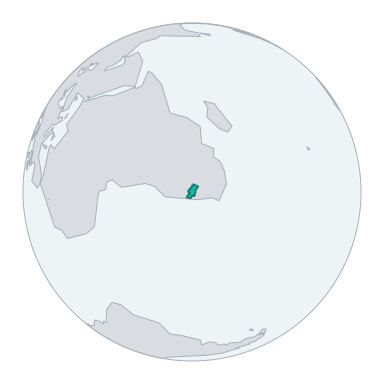 the Earth from above Hardap, rotated 294°
{"feature_id": "NAM-3339", "entity_name": "Hardap", "entity_type": "Region", "adm_level": 1, "iso_a3": "NAM", "parent_name": "Namibia", "parent_adm1": "", "projection": "orthographic", "projection_center": [17.113, -24.521], "detail": "fine", "context": "on_globe", "style": "filled", "palette": "teal", "viewbox_px": 384, "rotation_deg": 294, "n_neighbors": 0, "source": "natural_earth", "source_scale": "10m", "svg_char_len": 5989}
<svg xmlns="http://www.w3.org/2000/svg" viewBox="0 0 384 384"><g transform="rotate(294 192 192)"><circle cx="192" cy="192" r="169" fill="#eef3f6" stroke="#a8b0b8"/><path d="M26.5,158.0L29.0,150.3L28.4,152.9L30.3,157.1L35.3,155.0L36.4,160.1L35.6,164.9L38.0,163.8L38.0,166.5L50.3,161.7L58.8,164.0L60.1,173.6L55.9,188.3L59.0,215.0L53.4,229.6L56.6,240.7L60.2,259.9L56.2,263.2L62.2,268.8L63.9,275.2L62.6,278.4L66.5,283.6L65.8,285.8L69.2,287.5L74.2,297.0L80.1,300.9L85.3,308.1L89.1,310.2L88.8,311.1L90.1,313.1L92.3,314.7L88.7,315.1L80.6,309.6L76.7,305.3L76.1,306.1L67.2,295.5L68.9,298.6L57.4,285.5L49.4,272.9L33.2,240.8L30.8,236.2L28.8,234.6L27.0,228.4L24.9,216.8L23.5,205.0L23.0,193.2L23.4,181.4L24.5,169.6L26.5,158.0ZM96.9,315.6L90.0,315.8L92.9,315.2L89.7,311.0L95.3,311.9L96.9,315.6ZM89.8,304.1L89.2,300.7L90.6,301.0L91.3,303.4L89.8,304.1ZM198.7,23.2L193.0,23.2L192.0,23.5L194.5,23.8L190.0,25.3L185.0,25.8L181.9,24.2L174.5,25.0L175.3,24.1L182.9,23.3L198.7,23.2ZM216.6,24.8L217.3,25.0L217.1,24.9L229.4,27.2L241.4,30.4L253.2,34.5L264.6,39.4L275.6,45.2L286.2,51.7L296.3,59.1L305.8,67.1L314.7,75.8L322.9,85.2L330.4,95.1L337.2,105.5L343.1,116.5L348.3,127.8L352.6,139.5L356.0,151.5L355.1,148.0L357.2,157.8L359.7,172.1L360.7,185.0L359.9,177.6L358.6,166.2L357.4,160.6L355.8,151.5L351.2,135.6L350.3,134.5L348.5,129.2L342.0,115.0L339.6,113.2L337.1,119.5L339.8,132.8L337.5,136.4L327.3,112.4L321.7,99.0L318.7,98.1L307.6,84.7L290.4,77.1L287.4,73.6L284.3,73.7L276.4,69.0L271.6,63.9L267.1,63.1L279.8,76.8L284.6,78.0L287.8,75.0L290.5,79.7L298.0,86.0L291.7,93.8L265.2,97.1L261.7,87.1L236.9,60.7L237.1,58.5L237.0,58.2L236.6,57.7L235.3,61.2L230.7,56.8L244.9,73.2L247.7,80.6L264.9,97.6L263.5,98.8L268.7,103.0L284.4,103.1L284.7,106.4L277.8,120.5L255.3,139.8L257.8,157.5L255.4,172.6L240.3,181.2L240.5,194.1L232.6,197.8L231.4,205.3L224.4,213.0L213.1,220.3L195.1,220.2L194.8,213.0L187.0,199.6L176.6,169.2L182.0,155.6L180.7,145.7L167.6,125.6L170.5,114.3L166.8,110.1L159.2,112.0L154.8,107.2L150.2,107.7L120.6,117.0L111.1,112.6L98.9,97.2L103.9,88.5L104.1,80.8L138.3,49.8L146.4,49.4L174.2,43.5L177.8,43.9L175.4,48.6L197.0,54.0L203.0,49.9L221.7,54.2L233.5,55.3L236.2,47.1L216.8,44.9L212.5,40.8L227.4,39.1L244.3,42.3L243.2,40.9L231.8,36.3L235.0,35.0L227.8,34.8L231.3,36.4L226.9,36.5L223.4,35.1L224.7,34.6L219.4,33.5L214.8,37.2L217.8,39.3L204.4,39.4L208.1,43.0L204.7,44.6L197.2,39.2L197.3,37.4L183.8,33.1L182.4,34.8L195.1,39.3L191.5,38.9L189.6,42.1L188.2,39.4L174.7,34.9L162.1,37.3L147.3,47.1L139.7,49.3L132.7,49.4L136.9,41.2L153.5,37.4L155.1,35.2L150.7,33.5L156.2,32.7L156.4,31.8L162.6,30.8L170.2,28.0L176.3,27.2L178.3,25.3L181.7,24.8L179.6,25.9L181.3,26.7L196.4,26.2L199.0,25.9L199.1,24.8L203.2,25.2L201.4,24.3L209.6,24.6L198.1,23.7L197.9,23.3L202.2,23.4L201.9,23.3L216.6,24.8ZM127.6,62.5L126.9,64.7L127.6,62.5ZM263.1,51.2L272.6,54.3L266.7,48.4L269.9,49.3L266.7,47.1L266.3,48.0L258.3,42.7L261.8,42.8L259.8,41.0L256.5,39.9L251.4,40.6L262.8,47.9L261.3,49.2L263.1,51.2ZM29.2,149.9L29.3,150.7L28.7,152.0L29.2,149.9ZM151.7,29.5L154.1,29.3L152.2,30.3L144.4,32.6L147.1,30.9L151.7,29.5ZM157.9,28.9L157.0,27.5L161.8,26.5L159.2,27.2L162.5,26.7L159.3,27.8L164.8,28.7L163.5,29.8L149.9,32.6L155.1,30.9L152.4,31.0L157.9,28.9ZM181.5,42.1L184.2,42.1L188.3,41.8L187.2,44.1L181.5,42.1ZM172.1,38.9L174.5,38.5L175.0,41.0L172.2,41.2L172.1,38.9ZM175.4,36.3L174.6,38.3L173.4,37.3L175.4,36.3ZM181.7,25.7L184.2,25.4L184.6,25.7L183.5,26.1L181.7,25.7ZM233.2,48.0L230.0,49.2L228.1,48.2L229.6,48.0L233.2,48.0ZM207.7,45.7L213.8,47.1L207.4,46.3L207.7,45.7ZM279.8,278.7L279.4,282.1L277.5,281.3L279.8,278.7ZM281.7,175.9L268.6,201.7L261.4,200.3L261.0,191.4L266.5,175.1L275.2,172.3L279.8,166.0L281.7,175.9ZM359.0,217.8L359.4,214.2L359.7,208.2L360.0,206.5L359.7,212.6L359.0,217.8ZM360.0,206.1L359.9,192.5L356.6,163.0L357.9,166.3L360.7,187.7L360.6,189.4L360.7,199.0L360.0,206.1ZM340.4,134.4L343.6,144.7L342.0,144.6L340.4,134.4ZM326.3,294.5L327.8,291.2L330.4,286.4L333.3,282.9L342.8,266.5L342.3,267.9L347.1,258.2L347.1,259.0L341.2,271.4L334.2,283.2L326.3,294.5Z" fill="#d9dde1" stroke="#a8b0b8" stroke-width="1"/><path d="M199.7,192.8L199.7,193.0L199.7,193.3L199.7,193.5L199.7,193.8L199.7,194.0L199.6,194.3L199.6,194.5L199.6,194.8L199.6,195.1L199.6,195.3L199.4,195.3L199.1,195.5L198.9,195.4L198.6,195.4L198.4,195.2L198.1,195.2L198.0,195.3L197.9,195.3L197.7,194.9L197.5,195.0L197.3,195.1L197.2,195.1L196.1,195.0L195.9,194.9L195.6,194.7L195.0,194.8L193.7,195.1L193.4,195.1L192.9,195.1L192.7,195.1L192.6,195.6L192.1,195.5L191.9,195.5L191.7,195.6L191.6,195.4L191.4,195.3L191.2,195.3L191.1,195.2L190.7,195.1L190.4,195.0L190.3,195.3L190.1,195.4L190.1,195.2L189.9,195.1L190.0,195.9L189.9,196.0L189.8,195.9L189.7,195.9L189.6,196.0L189.5,195.9L189.0,195.2L188.9,195.2L188.7,195.2L188.4,193.7L188.4,193.4L185.9,193.5L185.8,193.3L185.8,193.2L185.8,192.9L185.6,192.6L185.4,192.4L185.3,192.2L185.3,191.9L185.2,191.7L185.0,191.3L185.0,191.1L184.9,191.0L184.9,190.9L184.9,190.7L184.9,190.4L185.0,190.3L185.0,190.2L184.9,189.9L184.9,189.4L184.9,189.2L186.4,189.3L186.5,189.4L186.5,189.5L186.8,189.5L187.1,189.5L187.5,189.6L188.3,189.9L188.3,190.2L188.3,190.3L188.5,190.4L188.8,190.4L189.0,190.3L189.4,190.2L189.5,190.2L189.7,190.3L189.7,190.5L189.9,190.5L189.8,190.3L189.8,190.2L190.0,190.1L190.3,190.1L190.3,189.9L190.1,189.9L189.8,189.8L189.7,189.8L189.8,189.6L189.9,189.3L190.0,189.3L190.0,189.5L190.3,189.5L190.6,189.2L190.3,189.0L190.3,188.9L190.6,188.3L190.7,188.2L190.8,188.2L190.8,188.3L191.0,188.3L191.4,188.3L191.6,188.2L191.9,188.0L192.0,188.0L192.2,188.4L192.3,188.4L192.6,188.4L192.8,188.4L193.0,188.4L192.9,188.5L192.8,188.8L192.8,189.0L192.9,189.3L193.4,189.3L193.5,189.2L194.0,189.2L194.2,189.3L194.3,189.4L194.5,189.4L194.8,189.3L195.0,189.3L195.0,189.2L195.3,189.0L195.5,188.9L195.6,189.0L195.8,189.6L196.0,189.5L196.3,189.7L196.5,189.8L196.5,189.7L197.0,189.6L197.3,189.7L197.5,189.7L197.8,189.5L197.8,190.1L198.0,190.1L199.7,190.1L199.7,190.7L199.7,191.2L199.7,191.7L199.7,192.3L199.7,192.8Z" fill="#14b8a6" stroke="#0f766e" stroke-width="1.5"/></g></svg>